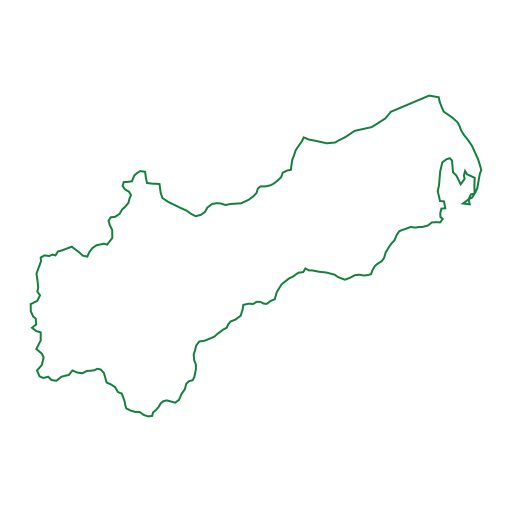 Eldorado do Sul, Rio Grande do Sul, Brazil
{"feature_id": "56859067B84747380986217", "entity_name": "Eldorado do Sul", "entity_type": "district", "adm_level": 2, "iso_a3": "BRA", "parent_name": "Brazil", "parent_adm1": "Rio Grande do Sul", "projection": "robinson", "projection_center": [-51.49, -30.081], "detail": "fine", "context": "isolated", "style": "outline", "palette": "green", "viewbox_px": 512, "rotation_deg": 0, "n_neighbors": 0, "source": "geoboundaries", "source_scale": "gbopen_adm2", "svg_char_len": 3578}
<svg xmlns="http://www.w3.org/2000/svg" viewBox="0 0 512 512"><path d="M51.4,380.0L56.4,380.8L59.1,378.6L61.5,376.7L65.4,375.7L68.7,375.0L72.5,370.5L77.4,372.6L82.5,373.2L87.0,370.9L91.0,370.7L94.2,370.3L97.4,368.8L100.7,369.5L103.9,372.9L106.6,382.5L111.1,384.5L115.1,387.2L118.0,392.1L121.7,393.5L123.0,396.8L124.7,401.7L125.2,405.1L126.3,408.4L130.4,410.5L135.2,411.9L139.6,412.0L143.9,415.0L148.1,416.4L152.2,415.9L153.0,412.5L156.1,409.9L158.5,407.1L160.7,403.4L163.3,401.2L166.8,400.4L171.0,401.5L175.2,402.7L179.0,399.8L181.5,394.0L184.8,389.3L186.3,383.7L189.2,381.1L192.7,380.2L194.3,377.1L195.1,373.3L195.9,369.2L195.9,364.7L194.1,359.9L193.7,354.4L194.9,350.8L196.2,345.6L199.2,341.5L204.6,340.7L208.3,339.2L211.1,338.1L214.6,336.5L217.0,334.2L220.0,332.0L223.4,329.4L226.7,327.8L228.2,324.4L230.5,321.5L235.4,319.6L240.7,315.7L242.6,309.6L243.3,304.9L248.4,303.7L253.1,304.0L256.6,301.8L260.3,301.9L263.7,303.6L266.6,303.9L270.7,300.9L274.8,299.2L275.9,295.2L276.9,291.9L279.2,288.2L281.4,284.6L285.2,281.4L289.3,278.3L293.0,276.6L295.6,274.6L298.5,272.7L303.2,272.1L305.4,268.5L309.0,270.4L312.2,270.4L319.4,271.8L326.2,272.5L331.2,273.8L334.7,274.7L337.8,276.9L341.1,278.3L344.9,279.7L350.2,277.7L354.8,275.2L359.6,274.7L363.4,275.5L367.1,275.2L371.0,274.2L372.5,270.2L375.0,265.9L378.0,263.4L381.6,261.3L384.1,257.9L385.7,252.3L389.2,246.7L391.3,243.7L394.5,240.2L396.7,235.0L399.2,231.3L402.0,230.0L405.6,228.9L410.5,227.0L415.6,227.6L418.8,227.0L422.3,227.0L427.9,225.5L431.9,222.4L436.5,222.2L440.2,222.4L442.7,219.0L440.4,217.0L440.3,213.0L441.4,208.6L445.3,208.3L444.0,201.4L440.0,201.0L437.7,191.1L439.0,185.4L440.2,171.3L442.3,162.4L446.4,159.3L449.8,158.2L452.0,160.5L453.0,172.2L456.4,175.6L460.7,184.3L464.6,178.9L463.9,175.5L465.1,171.0L467.0,174.3L474.7,177.8L474.4,185.5L474.6,193.6L477.3,188.2L478.4,181.9L479.2,177.2L479.9,173.5L481.3,170.1L479.4,163.4L477.9,158.8L474.8,152.1L472.0,145.9L467.5,139.3L464.1,135.2L461.1,130.3L459.2,125.2L457.4,122.2L452.7,117.9L448.6,115.0L443.7,111.6L441.6,106.9L439.5,101.2L438.8,97.3L429.1,95.6L390.8,111.8L385.4,118.4L371.7,127.1L354.5,130.9L345.5,137.0L339.1,140.2L335.1,142.5L326.7,143.3L320.5,141.9L313.5,140.4L309.1,139.6L303.7,137.4L302.1,140.9L295.7,150.2L294.1,155.2L292.3,159.7L291.5,164.8L290.9,169.8L287.3,170.5L282.8,172.6L281.1,177.3L277.2,180.9L273.7,183.6L270.5,185.3L265.2,186.4L260.5,186.4L257.9,188.5L256.5,193.0L253.1,196.5L248.6,199.8L241.1,203.3L230.4,204.0L225.5,205.0L220.8,203.5L216.6,203.2L212.1,204.0L207.4,207.5L205.0,211.9L201.0,214.8L195.7,216.2L191.1,213.9L186.4,210.5L181.1,208.2L174.2,204.8L168.9,202.3L162.5,198.1L160.7,192.9L159.5,184.1L156.5,183.8L152.6,183.7L147.0,183.0L145.9,177.7L145.1,171.8L140.3,171.1L137.1,173.0L134.3,175.5L131.9,181.3L127.8,181.9L123.7,182.1L122.6,185.9L125.0,189.4L129.1,191.8L131.0,195.1L129.5,198.6L128.4,202.9L125.3,206.6L122.1,209.5L119.6,213.9L114.9,216.9L110.7,217.3L108.5,220.9L109.9,225.3L112.2,230.0L112.3,238.0L107.1,244.6L104.1,243.7L96.6,245.2L92.5,248.0L89.7,251.5L87.3,256.6L82.7,255.6L78.8,252.0L71.7,246.7L66.6,248.6L62.8,250.1L57.9,251.5L55.5,255.4L52.5,254.6L49.2,256.0L44.5,255.4L40.7,257.5L41.0,261.3L36.5,273.6L37.7,282.3L38.2,287.8L37.3,291.6L40.0,295.4L37.2,300.9L30.7,304.1L30.8,311.4L33.3,316.7L35.7,318.5L36.2,324.4L32.0,327.8L36.2,331.0L40.7,332.4L40.7,340.5L36.3,349.0L42.0,353.8L43.6,357.6L41.8,365.0L37.0,370.5L39.5,376.3L43.3,378.0L48.2,376.7L51.4,380.0ZM468.6,199.3L463.0,203.5L469.7,204.3L468.6,199.3ZM468.6,199.3L472.2,197.5L474.6,193.6L470.9,194.4L468.6,199.3Z" fill="none" stroke="#15803d" stroke-width="2"/></svg>